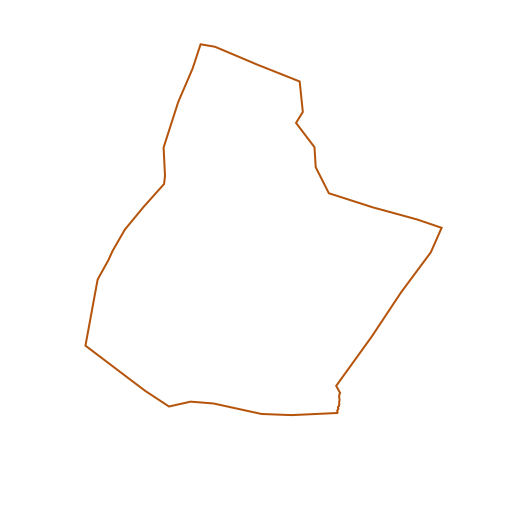 the district of Asgat, Sühbaatar, Mongolia, rotated 29°
{"feature_id": "93677404B69678463866737", "entity_name": "Asgat", "entity_type": "district", "adm_level": 2, "iso_a3": "MNG", "parent_name": "Mongolia", "parent_adm1": "Sühbaatar", "projection": "orthographic", "projection_center": [114.184, 46.119], "detail": "fine", "context": "isolated", "style": "outline", "palette": "amber", "viewbox_px": 512, "rotation_deg": 29, "n_neighbors": 0, "source": "geoboundaries", "source_scale": "gbopen_adm2", "svg_char_len": 1145}
<svg xmlns="http://www.w3.org/2000/svg" viewBox="0 0 512 512"><g transform="rotate(29 256 256)"><path d="M404.7,141.4L379.5,145.9L334.3,156.9L289.3,165.8L265.2,149.4L254.4,132.5L226.5,120.2L227.1,107.3L209.6,82.2L164.5,88.0L118.6,92.9L104.9,97.7L109.7,123.0L113.3,159.0L122.6,205.9L137.6,230.1L140.7,237.6L133.9,267.4L128.5,296.4L128.1,320.9L128.9,331.3L128.9,352.5L129.0,352.8L129.0,353.0L128.9,353.4L150.3,417.1L202.6,424.6L224.7,427.7L252.9,429.8L269.4,415.1L290.3,405.6L337.4,391.5L364.3,377.9L403.2,353.9L403.0,352.9L402.9,352.7L402.7,352.4L402.4,352.3L402.1,352.1L402.0,351.6L402.0,350.9L402.0,350.2L402.1,349.9L402.1,349.7L401.4,349.1L401.0,348.6L400.9,348.3L401.0,348.0L401.1,347.7L401.3,347.1L401.3,346.8L401.2,346.6L401.1,346.4L400.9,346.1L400.8,345.8L400.8,345.4L400.7,345.2L400.4,344.9L400.2,344.6L400.0,344.1L399.6,343.4L399.2,342.8L399.2,342.4L399.1,342.0L399.0,341.7L398.8,341.3L398.1,340.2L397.5,339.6L397.0,338.9L396.7,338.3L396.6,337.9L396.5,337.7L396.2,337.2L396.1,336.8L396.1,336.4L396.1,335.9L396.0,335.1L389.1,330.7L396.3,270.2L400.5,217.5L407.1,168.0L404.7,141.4Z" fill="none" stroke="#b45309" stroke-width="2"/></g></svg>